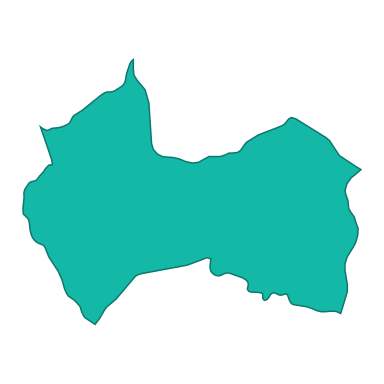 the Department of Canindeyú
{"feature_id": "PRY-619", "entity_name": "Canindeyú", "entity_type": "Department", "adm_level": 1, "iso_a3": "PRY", "parent_name": "Paraguay", "parent_adm1": "", "projection": "natural_earth1", "projection_center": [-55.27, -24.157], "detail": "fine", "context": "isolated", "style": "filled", "palette": "teal", "viewbox_px": 384, "rotation_deg": 0, "n_neighbors": 0, "source": "natural_earth", "source_scale": "10m", "svg_char_len": 2631}
<svg xmlns="http://www.w3.org/2000/svg" viewBox="0 0 384 384"><path d="M133.3,59.6L133.4,60.4L133.3,68.0L133.9,75.1L137.3,80.5L145.1,89.8L148.9,103.0L151.6,143.8L153.3,149.3L157.3,154.0L162.8,156.7L173.9,157.6L179.5,159.0L185.8,161.6L192.1,163.0L198.4,162.4L204.4,159.0L204.5,159.0L209.0,156.5L220.2,156.6L225.6,154.8L228.6,153.2L234.5,152.9L237.6,152.4L240.6,150.4L244.5,144.7L246.7,142.1L258.2,135.0L281.2,126.1L284.3,124.4L288.7,119.0L291.4,117.5L296.1,119.0L326.1,137.7L329.6,140.7L339.4,155.6L356.0,166.6L360.9,169.5L361.0,169.6L357.3,172.8L351.1,177.9L346.9,183.9L345.1,190.4L345.6,193.8L347.9,200.5L348.7,208.4L350.1,211.0L354.3,217.1L355.7,221.9L358.1,228.5L357.8,234.7L356.2,241.2L354.0,245.9L347.1,257.1L345.0,263.9L345.0,270.4L347.4,284.9L347.3,291.8L340.7,313.5L336.6,311.6L334.1,311.2L329.6,311.3L325.5,311.7L321.1,311.7L316.9,310.7L312.0,308.5L306.9,306.8L293.4,304.6L291.7,303.8L290.5,302.3L289.5,300.5L287.6,295.2L286.9,294.3L286.1,294.0L284.5,294.2L282.0,295.0L280.8,295.2L279.4,295.0L278.0,294.5L276.1,293.4L274.5,292.9L272.4,293.1L271.1,294.1L270.2,295.1L269.1,297.1L268.3,298.1L267.4,299.1L266.5,299.8L265.6,300.2L264.5,300.3L263.6,299.7L262.7,298.2L262.7,296.4L262.8,295.1L262.8,294.1L262.2,293.5L260.7,292.8L258.2,292.4L251.8,292.1L250.3,291.9L248.9,291.3L247.8,290.0L247.4,288.9L247.5,287.8L247.9,286.7L248.2,285.5L248.2,284.0L247.9,282.1L245.8,279.8L242.4,277.7L228.9,273.0L227.4,273.0L224.8,273.5L220.6,275.4L218.5,275.9L216.2,275.5L213.6,274.3L211.0,271.5L210.2,269.0L210.0,266.6L210.8,258.8L207.0,257.7L187.4,265.1L141.2,273.7L137.6,274.9L135.3,276.4L116.0,299.2L107.2,306.6L104.7,309.7L99.8,318.2L95.1,324.4L85.7,318.2L84.0,316.6L82.8,314.3L81.5,311.3L80.0,306.4L76.5,302.4L73.6,299.7L68.4,296.1L66.4,293.2L64.5,288.6L62.0,279.8L58.2,271.3L48.8,256.9L45.1,247.6L44.3,246.3L43.3,245.3L41.9,244.6L38.6,243.3L37.0,242.4L35.5,241.3L34.1,239.8L32.8,238.1L31.8,236.0L30.9,233.5L30.1,230.2L29.4,223.3L28.9,220.9L28.2,219.0L27.2,217.8L23.4,214.2L23.1,211.5L23.0,207.5L24.1,197.6L23.9,192.9L24.7,189.6L25.3,188.6L28.7,183.5L29.4,182.8L30.2,182.2L31.1,181.8L35.4,180.7L36.3,180.2L37.0,179.6L39.3,176.3L43.3,172.0L45.5,168.6L48.2,165.8L48.9,165.2L49.7,164.9L50.5,164.9L50.9,164.9L52.0,165.2L52.3,163.7L51.4,158.8L40.5,126.9L42.6,128.5L45.2,129.8L46.3,130.2L47.4,130.4L48.4,130.1L49.3,129.7L50.8,128.9L52.2,128.3L58.5,127.7L62.9,126.5L67.4,124.5L69.1,123.3L70.2,121.9L72.6,117.1L74.4,115.2L82.0,110.5L100.3,95.7L104.0,93.2L106.6,92.0L111.6,91.9L113.2,91.4L114.7,90.8L122.0,86.1L123.9,84.0L125.1,81.8L126.6,73.7L129.7,64.2L131.5,61.1L133.2,59.7L133.3,59.6Z" fill="#14b8a6" stroke="#0f766e" stroke-width="1.5"/></svg>